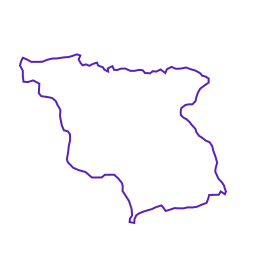 Santa Cecília, Paraíba, Brazil, rotated 76°
{"feature_id": "56859067B96891568897649", "entity_name": "Santa Cecília", "entity_type": "district", "adm_level": 2, "iso_a3": "BRA", "parent_name": "Brazil", "parent_adm1": "Paraíba", "projection": "natural_earth1", "projection_center": [-35.927, -7.733], "detail": "fine", "context": "isolated", "style": "outline", "palette": "violet", "viewbox_px": 256, "rotation_deg": 76, "n_neighbors": 0, "source": "geoboundaries", "source_scale": "gbopen_adm2", "svg_char_len": 1891}
<svg xmlns="http://www.w3.org/2000/svg" viewBox="0 0 256 256"><g transform="rotate(76 128 128)"><path d="M34.4,213.1L37.7,215.8L41.3,217.7L46.8,216.2L52.4,217.5L57.8,218.2L59.2,214.2L58.9,208.5L63.5,203.3L72.6,206.1L76.1,204.5L78.8,197.9L80.6,194.3L84.5,191.5L88.4,190.9L94.0,189.2L100.1,191.1L109.3,191.6L114.6,190.8L116.8,187.1L120.1,185.8L125.4,187.0L131.0,189.7L137.4,192.1L143.6,194.9L146.6,194.7L153.3,190.8L157.1,185.9L160.4,179.9L167.2,175.1L168.1,171.9L169.6,165.4L167.8,161.8L170.0,152.7L174.7,149.6L179.9,147.2L183.1,147.2L187.8,148.5L199.0,144.7L207.3,144.1L213.8,145.1L216.4,148.0L219.7,149.2L221.6,144.9L217.7,143.6L214.6,140.9L213.5,137.7L212.9,133.5L212.6,128.6L212.5,124.6L211.6,120.2L211.2,114.3L213.7,113.0L217.6,111.5L217.4,107.1L217.0,102.2L218.2,98.2L219.4,93.5L219.4,89.6L220.7,84.6L221.1,79.7L220.3,75.8L219.7,69.9L215.7,67.1L212.6,65.4L214.0,59.2L214.7,56.0L212.0,53.4L215.7,50.0L213.2,48.3L210.2,48.7L207.0,48.8L204.2,49.7L199.0,52.5L191.5,53.9L188.2,52.7L183.3,49.9L177.5,50.0L171.2,50.7L166.0,50.7L161.5,52.3L158.9,55.8L155.3,58.5L152.9,60.9L148.7,62.6L145.2,62.8L140.9,65.2L137.1,66.8L133.8,69.0L131.1,71.9L128.1,73.6L124.8,72.9L121.6,71.5L119.6,66.8L119.7,63.5L120.6,59.8L118.3,56.0L115.1,54.5L110.5,51.5L107.2,48.3L105.5,44.1L103.4,38.7L99.5,37.8L97.0,40.1L95.2,43.4L92.6,44.5L90.5,46.6L88.4,49.0L85.7,53.7L83.4,56.8L83.1,62.3L82.2,67.2L79.2,71.0L80.4,76.0L83.6,78.5L79.1,82.3L80.1,86.9L78.9,90.2L80.3,93.3L78.7,98.2L75.5,99.8L74.2,103.6L74.2,107.3L73.2,111.7L69.6,116.4L68.7,120.7L69.1,124.4L68.3,127.4L64.2,128.2L65.3,133.1L68.4,133.6L65.8,136.8L63.0,137.7L60.1,141.9L57.1,142.2L57.3,146.4L58.3,150.4L56.1,153.4L56.2,156.9L53.3,158.3L49.6,159.3L46.1,156.7L44.2,159.8L44.6,164.5L44.8,168.6L44.1,172.2L43.6,176.6L43.3,180.3L42.3,184.5L42.3,190.2L43.0,194.9L41.8,200.5L40.4,205.9L36.8,209.8L34.4,213.1Z" fill="none" stroke="#5b21b6" stroke-width="2"/></g></svg>